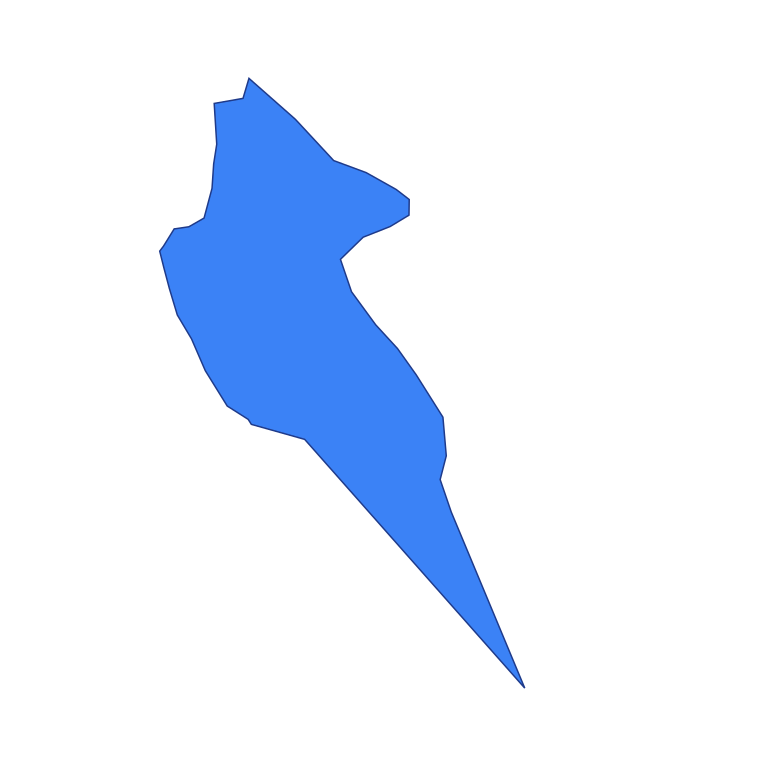 the district of Gullspång, Västra Götaland, Sweden, rotated 231°
{"feature_id": "70781695B77814656475649", "entity_name": "Gullspång", "entity_type": "district", "adm_level": 2, "iso_a3": "SWE", "parent_name": "Sweden", "parent_adm1": "Västra Götaland", "projection": "robinson", "projection_center": [14.167, 58.943], "detail": "fine", "context": "isolated", "style": "filled", "palette": "blue", "viewbox_px": 768, "rotation_deg": 231, "n_neighbors": 0, "source": "geoboundaries", "source_scale": "gbopen_adm2", "svg_char_len": 649}
<svg xmlns="http://www.w3.org/2000/svg" viewBox="0 0 768 768"><g transform="rotate(231 384 384)"><path d="M59.1,302.0L242.2,355.7L274.4,367.5L289.0,387.2L321.1,408.9L370.8,414.8L403.0,416.8L435.2,414.8L476.1,416.8L508.3,428.6L511.2,460.2L502.5,487.9L499.5,509.7L511.5,519.7L527.5,515.9L559.4,503.2L589.3,485.5L645.5,481.7L706.5,471.4L694.7,454.2L708.9,428.6L675.6,404.9L662.3,390.2L644.3,373.5L626.2,348.6L629.0,331.3L635.8,319.8L636.6,318.6L629.9,299.4L628.4,293.3L612.7,286.0L593.3,277.3L567.7,266.8L540.2,262.8L506.8,253.5L465.5,248.3L442.0,256.2L436.1,255.5L390.9,287.5L59.1,302.0Z" fill="#3b82f6" stroke="#1e3a8a" stroke-width="1.5"/></g></svg>